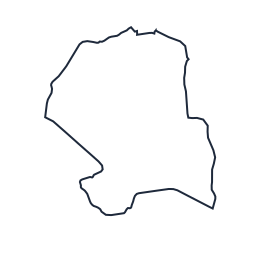 the Province of Tapoa, rotated 167°
{"feature_id": "BFA-2878", "entity_name": "Tapoa", "entity_type": "Province", "adm_level": 1, "iso_a3": "BFA", "parent_name": "Burkina Faso", "parent_adm1": "", "projection": "albers", "projection_center": [1.792, 12.114], "detail": "fine", "context": "isolated", "style": "outline", "palette": "slate", "viewbox_px": 256, "rotation_deg": 167, "n_neighbors": 0, "source": "natural_earth", "source_scale": "10m", "svg_char_len": 1648}
<svg xmlns="http://www.w3.org/2000/svg" viewBox="0 0 256 256"><g transform="rotate(167 128 128)"><path d="M206.3,157.1L201.5,170.2L199.7,173.7L194.6,179.4L193.2,183.2L193.2,185.5L193.3,187.0L192.8,188.3L191.0,190.1L183.9,194.0L174.3,202.0L157.0,219.8L156.4,220.4L152.8,222.1L148.1,221.8L142.5,219.6L139.1,218.0L137.5,217.8L136.2,218.6L133.9,217.9L131.4,218.4L126.2,220.5L123.7,220.7L117.9,220.3L115.9,220.9L113.3,222.2L107.2,223.4L105.0,224.7L102.4,225.5L99.7,220.4L97.4,220.5L97.6,219.6L97.9,217.7L98.2,216.8L85.8,215.8L83.2,215.3L81.1,214.1L80.3,216.0L79.0,216.7L78.9,216.8L78.9,216.7L78.7,216.6L77.3,215.1L67.9,207.4L57.7,200.7L53.8,195.0L54.5,183.5L53.5,181.4L55.6,180.0L58.5,174.9L60.0,169.1L62.0,164.2L63.3,157.7L63.3,150.7L66.8,128.7L66.9,124.5L63.2,123.2L58.5,122.3L52.8,119.3L49.8,112.3L51.3,106.5L52.2,100.5L49.8,87.1L49.7,79.8L52.4,73.9L55.4,68.6L58.3,56.3L59.4,53.3L60.3,49.0L58.9,44.9L58.3,41.6L58.9,39.2L63.6,30.5L67.0,33.3L77.7,42.4L84.9,48.5L93.9,56.2L97.6,58.3L101.9,59.4L115.4,60.6L132.0,62.0L134.3,61.8L136.5,60.3L138.1,58.0L139.5,55.3L141.7,52.0L142.6,50.2L143.2,49.6L144.3,49.4L145.2,49.8L146.2,50.0L147.7,49.0L149.9,46.6L151.1,45.9L163.9,46.9L169.1,48.4L172.6,52.4L173.3,55.0L173.8,55.7L175.2,57.2L176.6,58.3L179.0,59.8L180.2,61.3L181.1,63.1L181.5,64.8L182.5,72.9L183.2,74.6L184.2,76.7L185.0,77.7L186.7,79.6L187.2,80.6L187.2,81.2L186.8,82.6L186.8,83.2L187.0,86.2L186.1,87.6L184.2,88.2L176.4,88.8L175.7,88.7L174.3,88.0L173.9,87.9L173.1,88.4L172.1,89.7L171.5,90.1L164.0,91.7L162.0,93.4L161.7,97.3L164.2,102.0L169.8,109.9L179.7,123.7L188.9,136.7L199.4,151.3L206.3,157.1Z" fill="none" stroke="#1e293b" stroke-width="2"/></g></svg>